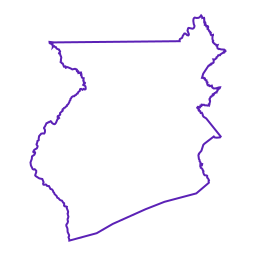 Nyimba, Eastern, Zambia
{"feature_id": "96606910B94036775861358", "entity_name": "Nyimba", "entity_type": "district", "adm_level": 2, "iso_a3": "ZMB", "parent_name": "Zambia", "parent_adm1": "Eastern", "projection": "robinson", "projection_center": [30.526, -14.393], "detail": "fine", "context": "isolated", "style": "outline", "palette": "violet", "viewbox_px": 256, "rotation_deg": 0, "n_neighbors": 0, "source": "geoboundaries", "source_scale": "gbopen_adm2", "svg_char_len": 5585}
<svg xmlns="http://www.w3.org/2000/svg" viewBox="0 0 256 256"><path d="M69.3,240.6L96.7,233.2L112.8,223.9L145.6,209.2L164.5,201.8L196.3,193.4L208.8,182.8L208.9,182.4L208.6,181.5L208.6,180.8L209.0,180.3L208.0,178.4L207.3,177.8L207.1,177.2L207.2,175.9L206.7,175.5L204.6,175.2L203.9,174.3L203.1,171.9L203.5,171.2L202.7,170.1L202.6,169.4L201.6,168.2L200.8,167.8L200.8,167.2L200.3,166.5L200.3,165.7L200.7,165.8L201.2,165.1L201.9,165.3L202.0,165.1L202.2,164.0L200.4,163.6L200.5,162.4L199.6,161.4L199.6,160.1L198.9,159.0L198.4,155.1L199.0,154.1L198.9,153.7L201.4,150.8L203.3,144.9L204.3,143.8L213.8,136.5L214.5,137.4L216.6,137.7L220.0,137.4L220.7,136.5L206.2,118.4L203.5,116.7L202.8,115.5L202.7,114.5L201.9,112.8L200.7,113.0L200.2,111.8L200.3,111.3L199.7,110.8L199.2,110.8L199.1,110.1L198.7,110.3L198.5,110.0L198.5,108.7L197.5,108.2L197.2,107.7L197.9,106.8L200.0,107.3L200.4,105.7L201.3,106.0L201.6,104.6L202.0,104.6L202.5,105.1L203.9,104.7L204.7,105.3L206.4,105.3L207.3,105.6L208.5,105.4L208.9,105.6L209.0,104.9L209.3,104.7L208.9,104.1L209.3,103.8L209.6,103.3L210.1,101.1L209.8,99.6L209.5,99.6L209.5,98.9L209.9,98.6L210.5,97.0L210.7,96.7L211.1,96.8L211.5,96.6L212.3,95.5L212.8,95.5L212.9,95.2L212.6,95.1L212.7,94.3L213.1,94.1L213.2,94.4L213.7,94.7L214.7,93.0L215.6,92.8L215.8,92.4L216.6,92.4L216.6,91.8L217.4,90.9L217.4,90.1L217.8,90.0L218.6,89.0L219.6,88.4L219.9,87.9L220.1,87.3L219.0,87.4L216.1,88.3L213.8,88.5L212.5,87.7L211.9,86.8L212.1,86.4L211.8,85.6L211.0,86.0L210.2,85.8L209.8,86.2L209.5,86.1L209.3,85.7L209.0,85.6L208.8,85.1L208.1,85.4L207.5,84.8L207.6,84.4L207.1,83.7L207.5,82.4L206.7,81.9L206.9,81.7L206.5,81.1L206.5,80.3L205.3,80.0L205.0,78.6L204.5,78.7L204.1,77.9L203.9,77.8L203.5,78.2L202.6,77.8L202.0,77.8L203.2,73.7L208.5,65.7L209.3,65.6L209.4,65.1L210.1,64.5L210.3,64.4L210.4,64.8L211.4,64.4L211.4,63.5L212.9,63.1L213.6,62.5L213.7,60.0L213.4,59.4L213.8,59.4L214.1,59.8L215.2,59.2L216.5,58.1L216.4,57.4L217.7,56.4L218.3,55.2L220.1,55.2L220.4,54.4L223.2,52.6L223.5,52.7L223.6,52.3L224.1,52.3L224.1,51.9L224.5,52.0L225.5,51.2L225.3,50.4L224.5,50.0L224.2,49.6L221.0,49.4L219.4,48.9L218.9,49.1L217.6,48.4L217.1,46.4L217.6,45.1L216.3,45.4L216.1,44.7L214.7,44.1L214.4,43.4L213.8,43.2L213.0,42.3L213.1,41.9L212.8,41.5L213.2,40.7L212.6,39.9L212.4,38.4L212.6,35.4L213.0,35.2L213.0,34.9L212.2,35.2L211.7,34.9L211.2,35.1L210.8,34.7L210.6,33.4L210.8,33.0L210.2,32.8L210.2,31.7L209.5,31.6L208.9,30.7L208.9,30.3L208.6,29.8L207.5,28.9L208.0,28.3L207.9,27.7L208.2,27.2L208.1,26.7L207.4,26.8L207.3,26.0L206.5,25.9L206.6,26.3L206.3,26.4L205.9,25.5L205.0,25.0L205.4,24.5L204.8,24.2L204.6,23.4L204.8,23.1L205.2,23.3L205.4,23.1L205.2,22.4L204.6,22.4L204.1,22.0L204.4,20.8L204.1,20.0L204.3,19.1L204.1,18.0L203.5,18.2L202.8,17.7L202.3,17.9L202.3,17.2L201.9,16.9L201.7,16.1L201.1,15.4L199.9,17.0L198.6,17.8L196.8,18.0L194.7,17.6L194.1,18.0L193.5,19.0L193.3,20.9L193.8,24.2L194.5,25.8L194.4,26.7L194.1,27.5L193.4,28.4L192.4,28.7L188.8,27.9L188.1,28.3L187.5,30.6L188.9,34.2L188.6,35.2L188.4,35.4L187.2,35.2L185.5,33.6L184.4,33.5L182.8,35.8L182.1,37.8L179.9,39.1L179.6,40.0L179.7,41.2L54.0,42.4L49.5,41.9L49.6,43.0L50.4,43.6L51.5,43.8L52.3,44.9L52.6,44.6L52.7,46.0L53.0,46.4L52.9,46.9L53.5,46.2L54.2,46.1L55.1,47.0L56.1,47.3L56.3,48.2L56.8,48.7L59.1,49.6L59.1,50.1L60.1,51.3L60.1,51.8L59.9,52.2L59.4,52.6L59.0,53.3L59.2,53.6L60.1,53.9L60.5,55.8L61.0,56.3L61.3,57.8L60.9,59.3L61.0,60.1L60.6,62.0L61.5,62.5L61.7,63.2L62.8,63.6L63.9,66.6L65.5,66.4L65.7,66.7L65.5,67.4L65.8,67.8L67.1,67.1L67.7,67.2L70.8,68.5L72.3,69.4L75.0,68.8L75.6,69.2L76.1,69.2L76.4,69.6L76.9,69.7L76.9,70.4L76.8,70.7L77.0,71.3L77.7,71.6L78.1,72.5L78.5,71.9L78.9,73.0L80.1,73.0L80.4,72.5L81.0,72.5L80.9,73.4L81.2,73.5L81.4,74.0L80.9,74.4L80.9,75.1L81.5,75.4L81.6,76.5L81.9,77.0L81.9,77.5L82.9,78.1L83.7,78.2L83.5,79.6L83.2,80.1L83.7,80.9L83.5,81.3L83.9,82.4L84.6,82.5L85.0,82.9L84.8,83.5L84.0,83.5L83.2,84.9L84.9,85.8L85.4,86.3L85.6,87.1L85.7,88.9L85.4,89.3L84.8,89.5L83.5,88.9L82.5,89.8L81.1,88.9L80.3,89.0L80.0,89.5L79.8,90.9L78.3,92.0L77.7,93.5L77.0,93.6L75.8,95.1L74.6,95.5L74.3,96.2L72.9,96.3L71.6,97.2L71.1,98.3L70.4,99.0L70.4,100.0L69.6,101.0L69.3,102.2L68.1,104.3L67.1,105.0L66.9,106.0L66.1,106.4L65.2,107.5L64.0,108.0L63.5,108.8L62.7,109.2L62.4,110.1L62.7,110.7L60.1,113.0L60.0,113.7L60.2,114.6L59.6,115.2L57.8,116.1L57.6,116.8L57.7,117.4L58.6,117.2L59.1,118.0L57.4,119.4L56.0,122.7L55.1,123.9L54.2,124.2L52.9,123.6L51.8,122.7L51.3,121.6L50.6,121.2L49.7,121.9L49.2,121.9L49.0,122.2L48.2,122.3L47.6,122.9L46.5,123.2L44.9,126.6L44.1,127.6L44.0,128.2L44.8,129.5L45.0,130.7L44.9,132.1L44.4,133.3L44.1,133.6L42.8,133.4L41.2,133.7L39.1,136.1L38.7,138.5L38.8,140.0L38.5,140.4L37.5,140.9L37.0,143.3L36.5,144.2L36.8,145.0L37.5,145.8L37.6,146.6L36.8,148.4L34.3,149.8L33.9,150.8L33.3,151.4L33.3,152.0L33.6,152.3L34.8,152.1L35.1,152.5L35.1,153.1L34.4,154.7L32.0,156.4L31.8,158.9L30.5,162.4L30.9,165.4L32.7,169.1L33.6,169.5L34.7,169.2L36.2,170.7L36.2,172.3L35.3,174.8L35.2,175.4L35.7,176.1L39.3,178.4L42.3,179.0L43.6,182.2L43.1,183.4L43.3,184.5L43.9,184.8L45.7,184.5L46.4,184.8L46.7,185.6L47.1,185.9L49.0,186.1L50.5,189.0L51.8,189.3L52.4,189.9L53.0,190.8L53.3,192.0L54.1,192.7L54.5,194.0L56.6,196.0L57.3,197.7L58.6,198.3L59.5,199.5L60.4,200.2L62.0,200.7L63.2,202.7L64.1,203.2L64.2,204.5L64.0,205.3L64.2,205.9L64.8,206.3L65.6,206.3L66.9,206.8L66.7,207.9L68.1,211.5L68.0,213.0L67.6,213.4L67.6,213.8L68.4,216.7L67.9,218.5L67.6,218.9L67.6,219.9L68.0,221.4L67.6,222.9L66.4,224.6L66.3,225.2L66.4,226.1L67.2,227.8L67.5,229.0L67.6,231.9L69.1,235.1L69.1,236.0L68.5,237.2L69.2,239.2L69.3,240.6Z" fill="none" stroke="#5b21b6" stroke-width="2"/></svg>